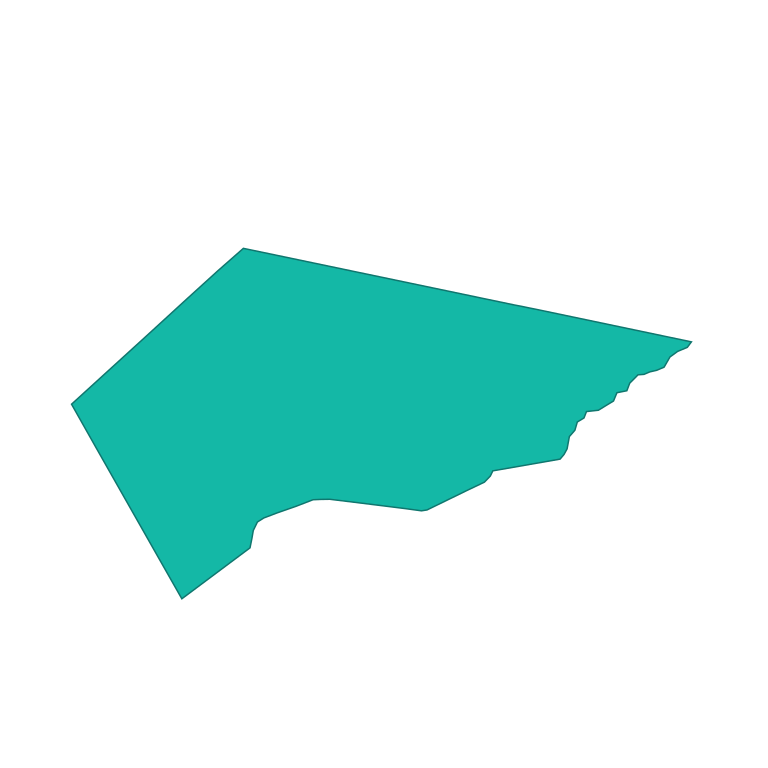 outline of Senador Alexandre Costa, Maranhão, Brazil, rotated 347°
{"feature_id": "56859067B37234724064641", "entity_name": "Senador Alexandre Costa", "entity_type": "district", "adm_level": 2, "iso_a3": "BRA", "parent_name": "Brazil", "parent_adm1": "Maranhão", "projection": "albers", "projection_center": [-43.922, -5.258], "detail": "fine", "context": "isolated", "style": "filled", "palette": "teal", "viewbox_px": 768, "rotation_deg": 347, "n_neighbors": 0, "source": "geoboundaries", "source_scale": "gbopen_adm2", "svg_char_len": 817}
<svg xmlns="http://www.w3.org/2000/svg" viewBox="0 0 768 768"><g transform="rotate(347 384 384)"><path d="M693.0,412.1L548.7,345.3L542.5,342.5L535.8,339.4L528.3,336.1L277.5,220.2L247.6,236.3L212.6,255.9L162.9,284.0L75.0,333.4L89.1,381.2L124.8,501.2L138.7,547.8L216.6,513.5L220.5,504.9L223.7,497.3L229.6,490.0L236.7,487.5L250.5,485.6L270.6,483.4L288.8,480.8L296.3,482.2L305.2,484.1L356.8,502.9L376.7,510.2L392.0,516.0L397.6,516.4L440.0,506.6L459.8,502.2L466.9,497.6L470.5,493.1L538.7,496.8L543.6,493.1L547.8,488.4L552.8,476.9L559.6,472.0L563.8,464.5L571.2,462.1L575.1,456.4L587.0,457.8L594.7,455.2L603.8,452.2L609.0,444.9L619.1,445.2L623.6,438.5L633.6,432.2L639.5,433.1L645.7,432.0L652.8,432.0L660.7,430.6L668.7,422.0L677.4,418.3L687.8,416.5L693.0,412.1Z" fill="#14b8a6" stroke="#0f766e" stroke-width="1.5"/></g></svg>